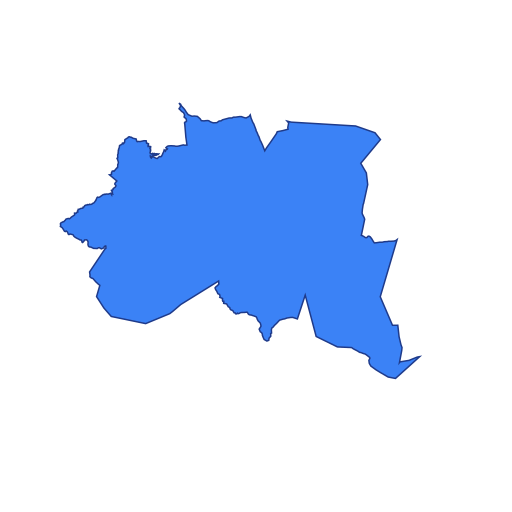 Coatecas Altas, Oaxaca, Mexico, rotated 154°
{"feature_id": "50627088B89957955277288", "entity_name": "Coatecas Altas", "entity_type": "district", "adm_level": 2, "iso_a3": "MEX", "parent_name": "Mexico", "parent_adm1": "Oaxaca", "projection": "natural_earth1", "projection_center": [-96.617, 16.524], "detail": "fine", "context": "isolated", "style": "filled", "palette": "blue", "viewbox_px": 512, "rotation_deg": 154, "n_neighbors": 0, "source": "geoboundaries", "source_scale": "gbopen_adm2", "svg_char_len": 6137}
<svg xmlns="http://www.w3.org/2000/svg" viewBox="0 0 512 512"><g transform="rotate(154 256 256)"><path d="M344.8,245.4L300.6,249.9L301.7,247.1L303.6,246.3L305.3,246.0L306.8,245.3L307.0,243.4L306.7,241.6L306.8,238.8L305.6,237.4L306.0,235.4L306.7,234.7L304.7,232.5L305.5,231.1L305.7,229.8L304.8,229.4L305.8,227.6L303.4,225.8L303.2,222.6L302.2,221.2L302.5,219.9L302.3,218.8L300.8,217.1L300.6,214.6L299.7,214.0L299.7,213.0L298.7,212.4L297.8,212.8L297.3,212.0L296.5,211.8L295.1,211.9L293.9,211.6L290.8,210.2L288.7,209.5L288.5,209.1L288.3,207.0L287.8,206.2L287.0,205.5L286.3,205.2L285.7,204.6L285.6,204.4L284.4,203.3L282.5,201.3L282.4,199.9L282.6,198.4L282.5,196.6L281.7,194.4L281.6,193.5L282.0,191.5L282.5,190.5L285.2,188.9L285.4,186.1L284.6,184.7L284.5,183.2L285.0,182.1L285.2,180.2L285.3,177.4L283.5,174.8L281.5,174.6L280.3,176.4L277.9,177.4L276.8,179.9L275.8,179.9L274.5,183.0L273.4,184.3L271.5,184.7L270.0,185.5L267.1,186.4L263.0,188.0L259.4,187.4L257.7,186.9L255.4,186.7L251.9,185.6L249.9,184.7L246.4,181.3L228.9,199.3L237.2,157.3L222.7,138.6L210.2,131.8L209.2,129.9L206.3,126.0L205.5,124.6L204.8,123.7L204.1,123.3L203.0,122.1L202.3,121.3L201.0,120.2L200.2,118.9L198.3,115.0L198.5,114.1L200.3,112.7L200.9,110.9L201.2,110.1L201.2,108.9L201.0,106.6L198.1,101.2L195.3,96.8L190.3,89.3L184.3,84.8L153.0,93.8L155.5,94.5L164.2,95.1L172.9,97.7L173.8,97.3L166.5,107.1L164.9,109.7L164.6,112.7L162.8,120.7L158.9,131.6L163.7,133.9L162.2,164.9L122.0,208.9L123.5,208.6L125.4,208.9L128.8,210.3L130.3,211.1L131.6,211.4L134.4,212.6L136.4,213.0L138.9,214.2L142.1,215.2L143.9,215.9L144.2,217.8L144.4,220.6L144.9,223.1L145.8,224.4L146.8,224.6L148.2,224.0L149.1,224.2L149.9,225.0L150.5,226.2L151.6,227.7L152.3,228.3L142.2,241.4L142.0,243.0L142.0,247.2L141.7,248.3L139.9,251.3L137.0,255.5L136.4,255.9L124.3,271.2L120.4,282.3L121.2,293.4L93.1,306.1L95.0,314.6L109.5,329.2L165.7,360.9L168.9,363.6L168.3,361.3L171.1,357.6L171.6,355.9L176.7,356.9L182.4,358.4L184.2,356.9L192.5,352.2L199.3,348.5L202.0,346.7L201.5,352.9L201.4,357.2L201.6,357.7L201.0,362.4L201.2,362.8L200.9,366.5L201.0,368.8L200.7,369.2L200.1,375.8L200.3,377.4L200.0,382.1L199.3,385.4L201.0,384.5L204.3,384.4L205.4,385.1L206.9,386.5L207.9,387.6L209.4,388.4L214.2,390.0L214.7,390.4L215.6,390.7L217.1,390.6L219.6,391.8L226.4,393.1L228.2,392.8L230.0,393.5L232.7,393.0L235.8,394.3L236.9,395.2L238.4,396.9L238.8,397.8L239.8,398.8L241.9,399.7L243.5,400.2L245.8,401.6L246.1,403.9L247.5,407.2L250.2,408.9L252.3,409.7L255.0,412.8L255.6,415.9L255.8,418.3L256.2,420.2L257.2,423.5L257.3,424.2L257.2,425.4L258.2,427.2L257.8,424.8L258.1,423.9L259.6,422.5L259.9,422.5L260.5,422.3L260.6,421.8L260.1,420.7L259.5,418.6L258.3,416.6L258.3,414.1L259.6,412.6L259.7,412.0L258.7,410.4L258.8,409.4L259.3,407.7L260.4,407.3L261.0,407.5L261.9,407.0L262.2,405.8L266.9,393.7L269.4,386.0L271.5,386.8L272.6,387.7L277.5,388.8L278.5,389.1L280.2,389.9L280.5,390.2L280.6,390.4L284.1,392.4L286.7,393.4L287.9,393.4L289.5,392.9L289.4,392.3L288.6,391.1L288.9,390.9L289.2,390.8L290.7,390.9L291.4,390.0L292.0,391.6L293.5,390.0L294.9,389.0L295.7,388.1L296.5,387.7L297.1,387.1L298.0,386.9L298.8,387.6L299.9,387.6L302.0,386.9L302.9,387.6L303.6,388.4L304.3,389.5L304.4,389.9L305.7,390.5L306.2,390.4L307.2,389.9L307.5,390.8L307.3,391.8L307.1,392.3L306.4,391.3L306.0,391.0L305.6,391.2L304.5,391.4L304.3,391.8L301.9,390.3L300.3,390.4L299.4,390.1L298.8,390.4L299.6,390.7L300.1,391.3L302.0,392.1L302.5,392.8L303.1,392.8L304.2,393.7L304.7,393.5L304.9,393.3L305.8,394.1L306.1,395.1L306.0,395.3L305.3,396.1L304.5,396.8L304.6,397.5L303.8,398.3L304.2,398.9L304.2,399.3L303.4,400.0L302.9,400.0L302.7,400.5L303.6,401.2L305.0,401.7L304.7,402.5L304.2,402.7L303.4,404.0L304.2,404.9L304.3,404.7L304.9,405.4L304.2,407.7L306.1,408.7L310.1,409.7L311.6,410.6L312.6,410.8L312.7,411.4L312.9,411.7L312.4,413.7L315.0,415.8L316.0,417.4L316.6,417.7L317.4,418.6L318.5,418.9L319.1,418.5L322.8,418.1L324.3,415.8L325.8,415.1L326.0,415.9L326.6,416.0L327.4,415.2L330.2,415.1L331.3,413.5L332.2,412.6L332.8,412.2L332.9,411.5L333.8,410.9L334.1,409.9L334.8,409.1L334.7,408.7L336.0,407.6L337.2,404.8L337.7,404.7L338.0,404.8L338.2,404.6L338.1,403.4L338.6,400.5L339.7,399.1L340.2,398.8L341.0,397.2L341.7,396.1L342.4,396.2L346.5,394.4L346.8,394.6L346.9,395.0L348.0,395.3L349.5,394.1L349.9,392.9L350.7,392.8L352.1,393.2L348.2,384.4L350.1,383.6L351.1,383.0L351.4,382.4L351.4,382.0L351.0,381.1L351.1,380.5L351.9,379.8L352.3,379.6L354.4,379.3L355.0,379.1L355.3,378.4L355.6,378.3L357.2,378.4L357.3,378.2L357.0,376.8L357.2,376.1L357.8,375.2L357.7,374.7L358.4,375.1L359.0,374.1L359.1,374.6L358.9,376.1L361.8,376.4L363.0,377.2L364.1,377.3L364.5,377.8L364.8,377.6L366.4,378.2L370.7,377.5L371.8,377.7L372.7,378.4L373.4,378.1L375.3,376.4L375.6,376.4L375.9,376.0L376.4,375.8L377.7,375.1L378.8,374.7L379.4,374.9L380.3,374.8L381.0,374.5L382.4,375.0L382.9,375.5L383.3,375.3L384.4,375.7L384.9,376.1L385.5,375.9L385.8,376.1L386.5,376.4L386.9,376.2L387.7,376.4L389.5,375.4L390.0,375.7L390.7,374.9L392.8,375.6L394.6,375.5L395.3,375.9L396.3,374.8L396.6,374.8L396.9,374.4L396.8,373.7L397.9,373.7L398.8,373.3L400.3,374.1L400.6,373.5L400.6,373.0L400.9,372.6L401.2,372.4L405.0,371.9L405.7,371.6L407.2,371.2L407.7,371.5L408.0,371.9L409.3,372.3L410.8,372.4L411.8,371.7L412.6,371.6L413.5,371.1L413.9,371.1L414.4,371.4L415.4,371.2L416.2,371.4L417.0,371.2L417.8,370.6L417.9,369.5L418.9,368.3L417.8,366.5L417.6,365.3L417.3,362.2L416.6,361.5L415.7,361.7L415.0,360.5L415.1,357.7L414.8,357.3L414.3,357.2L413.5,357.3L411.2,355.4L411.1,355.1L411.0,353.5L410.3,352.0L408.9,350.0L408.1,349.1L407.3,347.8L406.9,347.4L406.1,347.0L406.0,345.9L406.3,344.8L406.1,344.2L405.5,344.2L404.5,344.8L403.8,344.9L403.1,345.6L401.1,344.8L400.7,343.6L400.7,342.3L402.0,340.0L402.3,338.6L402.1,337.7L401.4,336.9L400.5,336.4L398.7,334.1L395.4,332.3L394.0,332.5L393.1,332.1L391.9,330.2L389.1,330.0L388.2,331.0L387.6,331.1L387.0,330.8L386.1,331.1L386.8,330.5L387.5,328.7L388.7,328.5L412.6,314.6L413.5,311.7L414.4,310.2L413.7,308.5L412.4,307.2L411.3,303.0L410.7,301.5L410.1,299.9L409.2,298.1L417.1,289.4L415.5,275.9L412.6,265.1L384.8,243.6L358.8,242.0L355.3,242.7L344.8,245.4Z" fill="#3b82f6" stroke="#1e3a8a" stroke-width="1.5"/></g></svg>